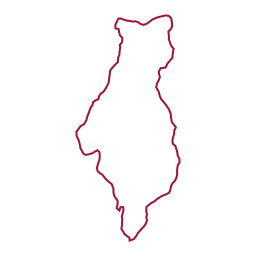 outline of Suzano, São Paulo, Brazil
{"feature_id": "56859067B65959534895327", "entity_name": "Suzano", "entity_type": "district", "adm_level": 2, "iso_a3": "BRA", "parent_name": "Brazil", "parent_adm1": "São Paulo", "projection": "albers", "projection_center": [-46.312, -23.613], "detail": "fine", "context": "isolated", "style": "outline", "palette": "rose", "viewbox_px": 256, "rotation_deg": 0, "n_neighbors": 0, "source": "geoboundaries", "source_scale": "gbopen_adm2", "svg_char_len": 2159}
<svg xmlns="http://www.w3.org/2000/svg" viewBox="0 0 256 256"><path d="M76.4,131.9L76.7,135.9L77.8,138.5L78.9,140.8L79.7,144.0L80.5,148.4L82.1,151.2L83.5,153.7L85.6,154.9L89.8,154.0L92.2,153.3L94.6,151.9L97.4,150.2L99.3,152.0L99.8,155.1L99.5,159.7L98.0,163.6L96.9,168.2L97.7,171.2L99.8,173.2L102.3,174.6L104.7,177.8L106.6,179.8L108.7,181.7L111.7,184.1L113.5,189.1L113.4,192.1L114.2,195.8L115.8,198.2L117.6,200.7L117.6,204.2L116.6,208.1L119.4,210.6L120.5,207.1L123.3,207.1L123.4,210.5L122.7,213.3L121.8,216.5L122.3,219.3L122.0,222.2L121.9,225.6L121.4,228.9L122.9,231.1L124.4,234.0L127.0,236.0L129.4,237.6L129.6,240.6L133.8,239.1L136.1,236.2L137.9,233.0L139.9,230.8L141.8,228.6L144.1,226.3L145.7,223.8L147.0,220.5L146.3,217.3L147.0,214.2L146.2,211.2L146.4,207.0L149.6,204.2L152.0,202.6L154.3,201.5L156.6,199.4L160.5,196.8L163.5,195.3L166.5,194.2L168.9,192.8L170.2,190.6L171.0,186.2L172.8,182.9L174.7,181.1L176.3,178.0L177.1,174.6L177.1,171.2L177.3,168.2L177.9,165.0L179.6,162.2L179.4,158.9L177.7,155.6L177.3,152.4L176.3,148.8L175.3,145.9L172.8,143.7L172.4,140.4L172.9,137.7L174.0,134.5L174.4,130.2L175.9,127.3L174.0,124.9L171.8,122.0L171.1,118.0L170.7,113.7L169.0,109.5L167.7,107.4L165.1,103.8L163.2,101.5L161.3,99.3L160.0,96.7L158.6,91.5L156.2,87.4L157.0,83.3L158.6,80.5L159.9,76.9L159.1,74.4L158.7,71.9L160.6,68.2L165.5,67.6L167.4,63.6L170.5,59.9L172.4,57.9L172.7,53.6L173.6,48.5L171.7,46.7L170.4,43.8L168.9,39.5L168.9,35.7L168.4,31.6L171.3,28.4L172.2,25.6L171.9,22.3L171.2,18.3L168.9,15.9L165.7,15.4L163.1,16.0L159.7,16.8L156.7,17.6L152.4,19.5L149.6,21.7L146.6,23.8L143.7,24.8L140.7,24.1L138.2,22.3L135.7,21.3L132.9,21.6L130.0,21.0L126.4,20.5L123.3,19.5L120.6,18.4L118.3,18.7L116.6,22.1L115.4,24.9L115.4,28.4L118.6,29.0L119.2,32.5L119.9,35.2L122.4,38.0L122.0,42.3L119.8,44.9L120.2,47.7L119.6,51.5L119.4,54.7L118.1,58.0L117.9,62.0L115.8,64.0L112.7,67.2L110.2,70.6L109.7,74.5L109.1,79.1L108.6,82.8L106.6,86.8L104.8,89.8L103.0,92.3L100.8,93.6L99.2,96.0L98.5,99.1L95.7,100.3L93.0,102.1L92.5,105.1L91.0,107.2L89.8,109.8L88.7,113.0L87.4,116.1L86.8,118.6L85.7,121.4L83.8,124.4L81.0,125.8L78.9,128.3L76.4,131.9Z" fill="none" stroke="#9f1239" stroke-width="2"/></svg>